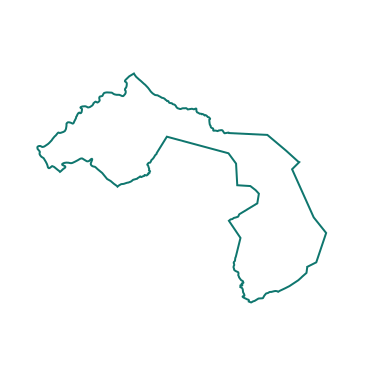 the district of La Libertad, Comayagua, Honduras, rotated 326°
{"feature_id": "27666195B37640617369838", "entity_name": "La Libertad", "entity_type": "district", "adm_level": 2, "iso_a3": "HND", "parent_name": "Honduras", "parent_adm1": "Comayagua", "projection": "orthographic", "projection_center": [-87.636, 14.872], "detail": "fine", "context": "isolated", "style": "outline", "palette": "teal", "viewbox_px": 384, "rotation_deg": 326, "n_neighbors": 0, "source": "geoboundaries", "source_scale": "gbopen_adm2", "svg_char_len": 5904}
<svg xmlns="http://www.w3.org/2000/svg" viewBox="0 0 384 384"><g transform="rotate(326 192 192)"><path d="M280.3,301.0L278.7,281.1L287.7,229.1L297.6,227.2L297.0,226.1L293.1,210.3L286.4,186.8L255.6,163.8L255.7,163.5L255.4,163.1L252.0,161.6L251.8,161.3L251.7,161.0L251.7,158.1L251.4,157.5L250.7,157.0L248.4,155.9L247.4,155.9L246.1,154.5L245.4,153.9L244.5,153.5L244.1,153.1L244.1,152.7L244.8,151.7L244.9,151.2L244.8,150.8L244.3,150.1L244.0,149.6L243.9,149.0L244.0,148.3L244.3,147.9L244.4,147.5L244.4,146.6L244.6,145.7L245.6,143.7L246.7,141.8L246.9,141.7L247.7,141.6L248.0,141.3L248.0,140.9L247.8,139.6L247.6,139.3L247.0,138.6L246.8,137.0L246.5,136.5L246.3,135.9L246.0,135.7L245.3,135.6L245.1,135.1L245.1,134.5L244.4,133.3L243.6,133.0L243.5,132.5L243.3,132.2L242.1,131.3L241.5,129.9L240.8,128.8L240.9,127.5L241.9,125.8L242.1,125.3L242.0,125.1L241.7,124.9L240.0,124.6L239.5,124.2L239.0,123.5L238.4,122.9L234.7,121.2L234.2,119.5L233.9,119.2L231.1,117.4L230.5,117.2L229.1,116.9L228.8,116.7L228.4,116.4L227.0,114.6L226.6,113.4L226.6,112.7L226.7,111.5L226.5,110.2L226.2,109.6L225.1,108.3L224.9,107.1L223.6,106.0L223.1,105.3L223.0,104.9L223.2,103.5L223.0,103.2L222.2,102.7L222.2,101.9L221.6,100.7L221.5,99.5L221.1,98.7L220.5,97.8L219.7,97.0L218.9,95.2L218.1,93.8L217.6,92.7L216.9,92.0L216.3,91.6L215.5,90.7L214.5,88.2L214.0,85.7L213.9,82.4L213.8,80.9L213.2,77.3L213.0,76.4L212.7,75.5L211.7,71.3L211.1,69.3L210.1,65.2L210.0,62.6L210.1,61.3L204.6,61.0L200.7,61.7L199.6,61.9L198.7,62.3L198.4,62.6L198.3,62.9L198.8,64.4L198.8,65.0L198.5,65.8L197.8,66.7L196.9,67.7L196.3,68.2L195.4,68.7L194.5,68.9L193.9,69.4L193.5,69.9L193.5,71.1L193.3,71.5L192.8,72.3L192.3,72.8L191.3,73.4L188.9,74.0L188.4,73.9L187.7,73.3L186.7,71.7L186.0,70.7L183.9,69.3L182.6,68.0L181.9,67.0L181.1,64.9L180.8,64.6L177.1,61.8L175.6,61.1L174.6,60.8L174.1,60.9L173.5,61.1L171.5,62.2L170.9,62.1L169.4,61.5L168.9,61.4L168.3,61.6L168.1,61.7L167.5,62.5L167.3,62.9L166.9,64.0L166.5,64.6L165.3,65.0L163.9,65.0L163.5,64.8L162.7,63.3L162.4,63.2L161.9,63.1L159.8,63.4L159.0,64.1L157.7,64.5L155.2,64.5L154.3,64.3L153.3,63.9L152.9,63.6L152.3,62.3L151.3,61.1L148.8,59.7L147.8,59.5L147.2,59.4L146.8,59.6L146.7,60.0L146.8,60.4L147.2,61.4L147.2,61.7L146.7,62.4L145.7,63.4L145.3,63.9L144.7,64.2L144.1,64.4L143.5,64.2L143.3,64.1L143.1,63.3L142.8,63.1L142.0,63.1L141.4,63.2L139.8,64.0L139.3,64.5L138.2,64.8L137.1,65.9L134.0,67.6L132.9,68.3L132.4,68.6L131.8,68.7L131.4,68.6L131.2,68.4L130.1,66.6L128.9,65.3L127.9,64.8L127.0,64.9L126.3,65.1L126.0,65.4L124.9,67.0L122.8,69.2L121.8,69.8L120.8,70.3L119.1,70.3L116.5,69.6L115.5,69.2L114.6,68.2L114.4,68.0L114.1,68.0L113.1,68.2L110.5,69.0L109.3,69.1L106.2,70.0L104.5,70.7L100.9,71.5L99.3,71.7L95.1,71.7L94.0,71.4L93.0,70.9L92.2,69.4L91.9,69.0L91.0,68.4L90.3,68.2L89.6,68.1L89.2,68.2L88.9,68.4L88.6,68.8L88.1,69.9L88.4,73.0L88.3,73.5L88.1,73.9L87.7,74.2L86.9,75.2L86.7,76.2L86.7,77.3L86.9,78.8L87.2,79.3L87.9,81.0L87.9,81.3L87.7,85.2L87.4,87.6L87.0,89.2L86.4,90.9L86.4,91.4L86.5,91.9L86.8,92.3L87.5,92.5L88.1,92.5L90.4,92.3L90.6,92.4L91.7,94.1L93.1,98.8L93.6,100.2L93.8,101.5L95.1,101.4L98.1,100.9L99.9,100.9L100.7,100.7L101.1,100.2L101.1,99.5L99.7,97.1L99.7,96.8L99.9,96.4L100.2,96.2L100.9,96.2L101.7,96.3L102.7,96.6L104.3,97.4L105.8,98.5L107.5,100.2L108.1,100.6L108.8,100.9L109.7,101.1L111.6,101.4L115.1,101.8L117.4,101.9L118.2,102.0L119.0,102.3L119.6,102.7L119.9,103.1L120.5,104.5L121.8,107.3L122.1,107.8L122.6,108.2L123.2,108.5L123.8,108.7L125.0,108.6L126.5,108.3L127.1,108.4L127.5,108.5L127.6,108.9L127.3,109.4L124.6,111.3L123.8,112.0L123.5,112.8L123.5,113.8L123.7,114.4L124.0,115.0L124.3,115.5L125.5,116.7L125.9,117.6L126.5,120.3L128.2,126.0L128.9,133.7L130.7,137.4L131.8,141.4L133.2,145.2L133.2,145.9L135.3,145.7L137.7,145.9L140.0,147.1L143.3,148.0L144.6,148.6L146.8,149.1L148.0,149.2L149.3,149.0L150.1,149.0L154.0,150.3L154.6,150.1L156.2,150.2L157.6,150.1L157.9,150.3L157.9,150.8L158.4,151.3L160.0,151.5L161.2,151.9L161.6,151.6L162.3,151.5L162.6,151.8L163.2,152.6L163.8,152.9L164.5,152.9L165.2,152.5L165.7,152.8L166.2,152.2L166.6,152.0L167.0,152.1L167.4,152.4L167.5,152.4L167.7,152.2L168.1,151.6L168.8,151.3L168.8,150.9L168.6,150.6L168.5,149.9L169.4,149.0L169.5,148.7L169.9,147.1L170.3,145.9L170.4,145.1L170.2,144.5L170.3,144.3L171.0,143.9L172.3,143.6L173.6,144.1L173.8,144.2L175.1,143.6L176.3,142.8L177.5,142.7L179.3,142.2L182.1,140.9L183.4,140.7L184.1,140.5L184.5,140.0L202.1,132.1L243.9,180.3L244.4,193.1L233.3,211.7L243.7,219.7L245.8,226.1L246.5,230.8L239.8,237.9L219.1,236.9L218.5,237.0L216.6,238.2L215.5,238.0L213.8,237.5L212.5,237.0L211.9,236.9L210.4,237.0L208.6,236.3L206.5,236.5L206.5,257.2L192.1,270.2L191.0,270.9L189.3,272.9L188.8,273.2L187.6,273.5L187.2,273.8L186.9,274.2L186.6,275.3L186.3,275.9L185.9,276.4L185.2,276.7L184.7,277.2L184.4,277.5L184.2,278.0L183.9,279.2L183.5,279.9L183.5,280.7L184.2,282.3L185.2,283.9L185.4,284.5L185.3,284.8L184.9,285.7L184.0,286.6L183.8,286.9L183.6,288.3L183.3,289.1L183.4,292.1L183.5,292.6L184.3,294.4L184.3,294.6L184.1,295.2L183.9,295.9L183.7,296.0L182.6,295.9L182.3,295.7L182.0,295.8L181.8,297.2L181.6,297.4L181.4,297.5L181.2,297.3L180.7,296.6L180.1,296.4L179.9,296.5L179.7,296.7L179.3,297.6L178.9,297.8L179.0,298.2L179.5,298.8L179.8,299.8L179.7,300.6L179.6,301.1L178.3,303.7L178.1,305.6L177.8,306.7L177.6,307.1L177.2,307.3L176.9,307.3L175.8,306.9L175.5,307.0L175.4,307.2L175.5,307.8L175.9,308.7L177.2,310.9L177.6,311.7L178.6,313.0L178.6,313.5L178.3,314.3L178.2,314.4L177.9,314.4L177.8,314.5L179.0,316.3L179.5,316.7L181.3,316.8L183.1,317.3L187.5,317.5L188.1,317.8L190.8,319.4L191.4,319.6L191.8,319.5L193.9,318.4L196.5,317.6L197.1,317.7L198.5,318.2L200.3,318.3L200.8,318.5L201.9,319.2L204.7,320.2L205.9,320.8L206.5,321.3L207.1,321.9L207.4,322.3L207.6,322.9L209.5,323.0L215.4,323.9L220.2,324.5L230.8,324.6L234.4,324.1L236.0,323.8L241.6,323.1L242.2,322.5L245.0,319.3L245.4,318.9L245.6,318.5L255.7,319.8L280.3,301.0Z" fill="none" stroke="#0f766e" stroke-width="2"/></g></svg>